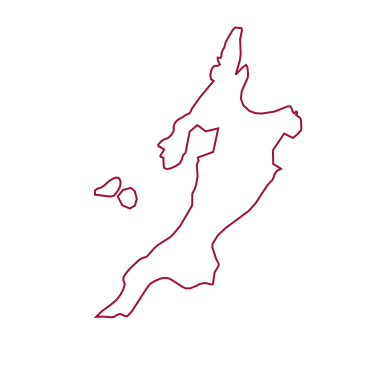 the border of Leyte, rotated 40°
{"feature_id": "PHL-2583", "entity_name": "Leyte", "entity_type": "Province", "adm_level": 1, "iso_a3": "PHL", "parent_name": "Philippines", "parent_adm1": "", "projection": "equal_earth", "projection_center": [124.655, 10.871], "detail": "fine", "context": "isolated", "style": "outline", "palette": "rose", "viewbox_px": 384, "rotation_deg": 40, "n_neighbors": 0, "source": "natural_earth", "source_scale": "10m", "svg_char_len": 2591}
<svg xmlns="http://www.w3.org/2000/svg" viewBox="0 0 384 384"><g transform="rotate(40 192 192)"><path d="M161.9,166.2L161.5,169.6L163.4,173.8L164.2,178.1L162.6,183.3L160.2,188.0L158.2,190.3L155.9,191.4L154.7,191.2L148.5,184.8L148.2,184.1L145.4,185.1L144.4,184.6L143.6,178.2L142.7,177.2L140.6,177.8L138.6,177.9L136.8,178.5L135.7,177.5L135.9,173.0L136.7,170.1L139.0,165.8L139.5,162.2L139.0,157.8L137.8,155.8L136.2,154.1L134.7,151.0L134.5,147.3L135.4,143.9L136.6,141.1L137.5,137.5L139.1,134.4L139.5,132.9L139.3,131.1L138.4,128.4L137.2,114.0L137.2,93.0L134.2,93.4L131.2,91.0L128.7,87.0L127.8,82.7L128.3,80.8L130.8,78.5L131.4,76.4L128.7,75.3L126.6,74.1L125.3,72.5L127.7,70.9L127.1,69.0L125.4,66.7L124.4,63.9L123.8,60.5L121.4,55.3L119.0,41.6L119.5,37.9L120.3,37.6L123.9,35.3L124.4,34.6L126.3,36.0L130.7,44.1L140.7,55.1L143.8,59.9L150.1,74.0L150.7,64.3L151.7,60.0L154.0,60.6L159.2,65.7L161.2,68.6L165.3,82.8L169.5,89.1L175.6,92.6L183.8,93.0L189.8,90.9L195.1,87.0L203.6,77.2L210.2,65.0L212.4,63.1L213.9,63.6L217.3,65.6L219.4,66.1L220.0,65.6L219.9,63.6L220.5,63.1L221.6,63.6L222.2,64.6L222.3,65.6L222.3,66.1L226.7,65.8L228.1,66.1L229.8,67.4L233.5,71.6L234.6,72.5L235.9,74.9L235.6,80.3L234.5,85.7L225.0,88.0L227.2,108.1L236.2,118.3L245.3,117.0L243.7,120.6L243.4,122.0L243.7,124.7L245.4,129.2L245.8,131.3L245.4,138.6L248.0,159.9L247.7,169.7L240.9,198.0L239.7,208.9L241.1,218.7L243.3,221.4L253.6,227.8L257.8,229.5L259.2,230.5L259.9,232.3L261.0,239.1L267.3,249.1L265.6,250.8L262.0,252.4L259.3,254.5L257.1,257.6L255.3,261.9L252.4,267.1L249.1,269.8L245.1,270.9L232.6,272.4L228.9,273.5L225.7,275.8L223.4,278.9L221.1,283.3L219.3,288.1L218.9,292.1L222.7,322.7L222.3,328.6L220.7,330.0L216.9,330.9L215.2,331.8L213.9,333.7L212.4,338.1L210.9,339.7L203.6,344.9L198.8,349.4L198.8,349.2L199.8,340.2L202.2,331.0L203.6,322.4L203.3,317.2L202.0,310.9L199.7,305.8L196.0,303.6L194.2,301.1L193.6,295.4L193.8,289.1L195.1,278.6L195.5,276.8L196.3,274.8L198.6,271.2L199.0,269.7L199.2,259.4L199.9,254.8L204.3,240.6L204.8,236.2L204.7,225.6L201.0,203.3L200.1,201.2L194.1,194.1L193.1,192.6L192.4,188.4L190.6,184.0L186.1,176.2L179.1,169.1L177.9,167.5L176.9,163.7L174.3,161.9L182.5,147.6L171.2,126.4L163.5,136.7L153.1,137.3L151.4,147.3L161.9,166.2ZM132.9,233.2L133.9,235.9L134.4,238.8L134.7,244.7L132.7,247.7L119.5,256.4L116.7,253.3L117.4,250.3L119.5,247.0L120.7,243.0L121.0,239.9L121.7,236.3L122.7,233.0L124.1,230.3L126.3,228.5L128.8,228.8L131.1,230.5L132.9,233.2ZM147.6,228.1L154.1,232.7L157.0,239.1L155.0,244.6L147.0,247.0L138.0,243.1L137.8,234.9L142.5,228.1L147.6,228.1Z" fill="none" stroke="#9f1239" stroke-width="2"/></g></svg>